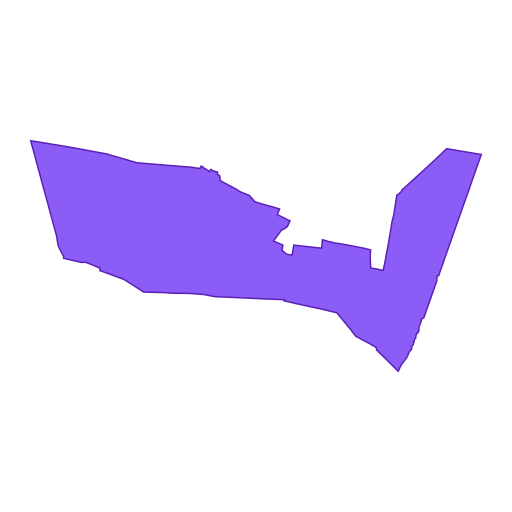 the district of Santa María de la Paz, Zacatecas, Mexico
{"feature_id": "50627088B97427908684721", "entity_name": "Santa María de la Paz", "entity_type": "district", "adm_level": 2, "iso_a3": "MEX", "parent_name": "Mexico", "parent_adm1": "Zacatecas", "projection": "orthographic", "projection_center": [-103.305, 21.511], "detail": "fine", "context": "isolated", "style": "filled", "palette": "violet", "viewbox_px": 512, "rotation_deg": 0, "n_neighbors": 0, "source": "geoboundaries", "source_scale": "gbopen_adm2", "svg_char_len": 3333}
<svg xmlns="http://www.w3.org/2000/svg" viewBox="0 0 512 512"><path d="M444.4,150.8L437.6,157.3L430.3,164.1L424.9,169.1L417.9,175.5L413.5,179.5L404.7,187.5L402.1,189.8L400.8,192.1L396.8,195.3L396.6,196.6L393.9,214.1L391.8,222.7L391.5,225.1L391.3,226.6L391.1,227.9L390.7,229.9L390.3,232.3L389.3,238.0L388.1,245.2L387.6,247.7L387.2,250.2L386.9,251.4L385.5,259.0L384.6,264.1L384.3,265.3L384.0,266.5L383.1,270.4L382.1,270.2L375.9,268.9L370.5,267.9L370.6,265.7L370.3,259.5L370.3,258.2L370.2,257.9L370.6,249.9L364.4,248.3L360.0,247.5L359.6,247.4L355.3,246.5L351.4,245.8L339.5,243.6L335.9,243.2L328.6,241.5L322.4,239.7L322.2,242.3L321.8,246.3L321.6,248.2L293.8,245.1L292.1,255.0L287.3,254.4L286.4,254.1L283.9,251.8L282.8,250.9L282.0,250.5L282.9,245.1L277.9,242.9L273.4,241.0L281.6,230.0L284.1,229.0L287.3,226.6L290.0,220.9L277.3,214.6L279.6,209.0L274.4,207.4L262.1,204.0L259.9,203.3L257.3,202.5L255.6,201.9L254.8,201.6L250.4,196.7L249.4,195.4L242.0,192.6L239.1,191.2L236.6,189.4L235.3,188.7L220.8,181.0L220.0,180.0L220.1,178.9L220.0,177.4L219.7,176.0L219.3,175.4L218.2,175.2L218.0,174.7L217.4,174.6L217.6,172.6L217.3,171.8L215.6,171.9L214.9,171.3L214.2,170.9L213.7,171.6L212.4,170.5L211.1,169.4L210.6,169.6L209.4,171.6L207.7,170.4L205.8,169.0L204.2,168.3L203.2,167.4L202.7,166.6L202.0,166.6L201.0,166.2L199.9,168.5L191.2,167.2L164.8,165.1L137.4,162.8L135.4,162.3L117.8,157.2L106.6,153.9L95.0,151.8L83.8,149.7L72.4,147.6L56.5,144.9L51.3,144.1L41.8,142.5L38.0,141.9L30.7,140.7L32.0,145.6L33.5,150.8L36.0,160.3L39.6,173.5L43.5,188.0L44.9,193.0L56.6,236.1L58.1,245.4L60.1,249.9L63.5,256.3L63.6,258.3L81.7,262.5L84.0,262.2L86.8,262.7L91.4,264.5L98.7,267.6L99.6,267.2L99.6,267.4L100.1,268.8L99.8,270.6L100.2,270.7L123.9,279.4L126.7,281.2L134.1,285.9L141.0,290.3L143.7,292.1L144.1,292.1L144.4,292.1L148.1,292.2L163.5,292.6L173.1,293.2L175.7,293.3L177.9,293.3L178.5,293.3L180.5,293.3L182.4,293.3L191.2,293.5L203.6,294.5L215.2,296.7L230.3,297.3L243.5,297.9L247.5,298.1L261.9,298.8L284.5,299.7L284.0,300.8L290.6,302.3L296.9,303.8L302.5,305.0L307.1,306.0L309.8,306.6L312.5,307.2L322.0,309.2L331.3,311.5L336.8,312.8L339.1,315.6L344.1,321.6L346.9,325.1L351.3,330.4L352.2,331.7L355.9,336.3L358.4,337.6L360.5,338.8L364.7,341.1L367.7,342.6L376.1,347.4L376.2,347.5L376.7,350.1L382.1,355.3L394.9,368.0L396.4,369.5L397.1,370.2L398.2,371.3L399.0,369.6L399.2,369.1L401.5,364.4L401.8,364.2L402.3,363.4L402.8,362.7L403.4,362.0L404.1,361.1L404.5,360.5L404.9,360.1L405.3,359.6L405.7,358.9L405.9,358.5L406.7,358.0L406.9,357.0L407.3,356.2L407.9,355.3L408.2,354.4L408.4,353.7L408.7,353.2L408.9,352.6L409.4,351.9L409.6,351.3L409.9,351.0L410.3,350.7L410.7,350.4L411.3,349.6L411.6,348.7L411.6,347.8L411.9,346.6L412.2,345.6L412.8,345.2L413.2,344.6L413.5,343.3L413.7,342.6L414.1,341.7L414.3,340.3L414.6,339.4L415.2,338.6L415.5,338.3L415.8,337.9L415.9,337.6L415.7,336.5L416.0,335.5L416.4,334.6L416.8,333.6L417.4,332.7L418.2,332.5L418.5,331.5L418.9,330.5L418.9,329.8L419.0,328.8L419.0,327.1L419.2,326.4L419.4,325.7L419.7,325.1L420.4,323.9L420.5,323.0L420.7,322.5L420.9,321.9L421.4,320.6L421.0,319.7L421.5,319.3L423.6,317.9L423.8,317.8L432.2,294.0L432.5,293.1L436.8,280.9L437.1,275.9L438.7,275.6L440.6,270.0L443.4,262.2L444.0,260.4L457.6,221.7L461.5,210.6L468.6,190.7L471.5,182.2L481.3,154.5L446.7,148.7L444.4,150.8Z" fill="#8b5cf6" stroke="#5b21b6" stroke-width="1.5"/></svg>